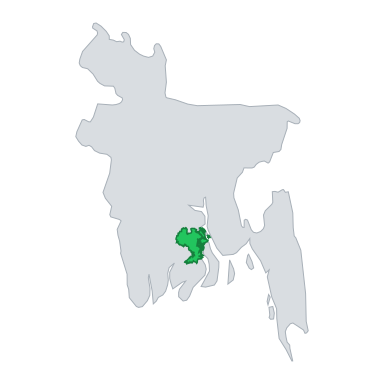 Barisal, Barisal, Bangladesh (highlighted)
{"feature_id": "16705992B66943755852345", "entity_name": "Barisal", "entity_type": "district", "adm_level": 2, "iso_a3": "BGD", "parent_name": "Bangladesh", "parent_adm1": "Barisal", "projection": "robinson", "projection_center": [90.343, 22.763], "detail": "fine", "context": "in_parent", "style": "filled", "palette": "green", "viewbox_px": 384, "rotation_deg": 0, "n_neighbors": 0, "source": "geoboundaries", "source_scale": "gbopen_adm2", "svg_char_len": 9614}
<svg xmlns="http://www.w3.org/2000/svg" viewBox="0 0 384 384"><path d="M127.2,284.8L127.1,274.2L120.6,253.3L121.0,251.0L119.6,241.0L118.0,235.4L117.2,229.4L121.1,220.9L119.5,219.5L110.8,216.9L109.8,214.7L111.7,206.3L105.4,198.3L103.0,192.4L109.7,173.2L111.4,159.9L110.9,157.3L106.9,154.3L99.6,153.1L94.5,150.6L91.6,146.8L89.0,145.3L85.9,146.4L81.9,145.0L78.6,141.2L75.8,136.7L76.9,131.7L82.2,119.9L84.2,119.5L88.7,121.8L90.4,121.8L93.4,117.1L97.7,103.9L112.3,105.0L115.8,104.6L119.5,103.5L121.5,101.9L122.6,99.7L122.2,97.9L117.7,95.4L116.0,93.5L114.8,88.2L113.4,86.2L104.6,85.9L100.1,83.5L97.6,81.3L93.1,74.1L87.6,68.7L82.4,67.5L80.3,65.7L79.2,63.0L79.9,59.0L82.6,51.4L97.2,34.9L97.6,33.0L97.0,30.9L92.8,28.2L92.5,26.9L93.7,23.5L96.1,23.0L101.1,26.2L106.2,31.3L109.2,35.8L109.3,39.4L113.3,40.1L116.6,41.7L120.0,41.2L122.2,42.1L123.7,41.8L124.3,39.7L121.4,34.5L122.8,32.4L126.1,32.5L128.5,34.4L130.3,38.4L130.6,44.6L134.5,50.3L139.6,54.2L143.6,56.1L148.5,57.4L152.7,56.1L154.8,52.2L153.8,48.7L154.5,45.6L156.2,43.8L158.8,43.9L160.7,46.4L166.4,59.9L165.2,65.8L166.4,82.2L165.0,92.9L165.9,97.1L166.8,97.8L175.4,99.8L187.8,104.1L197.3,105.7L240.1,104.5L249.5,106.6L278.1,105.0L285.9,108.4L294.4,114.0L299.2,118.2L300.1,120.6L299.6,122.6L298.0,123.7L295.0,123.7L288.3,121.0L287.2,121.8L287.1,128.3L281.7,144.5L280.9,149.5L279.0,151.5L273.3,152.5L269.6,161.9L268.1,163.1L264.3,161.0L262.0,161.4L259.1,162.2L256.2,164.4L254.2,167.1L252.0,168.0L244.0,167.9L242.4,172.3L237.2,178.0L233.6,193.2L233.9,197.8L238.3,210.0L241.4,225.7L242.6,227.3L244.1,227.4L244.2,220.2L245.7,219.3L247.5,220.1L251.3,229.8L253.5,232.3L256.8,233.0L260.6,231.5L263.4,228.7L264.6,225.6L263.5,215.0L265.3,210.7L271.8,204.3L272.8,202.3L272.3,191.7L274.8,191.4L278.1,192.2L282.3,189.7L283.5,189.6L285.3,192.3L288.3,191.8L292.8,212.9L293.2,227.7L294.2,236.0L295.8,237.8L300.8,250.2L305.6,293.7L306.2,321.4L308.2,330.8L306.6,332.9L305.0,333.3L303.5,330.0L292.9,323.0L290.4,323.7L286.8,327.8L285.3,331.6L286.0,336.9L287.1,342.1L289.7,345.1L289.9,348.4L292.7,360.9L291.9,361.0L286.1,349.6L279.1,338.5L276.8,318.5L276.6,308.7L271.8,297.1L267.3,276.9L269.2,269.8L265.8,272.9L260.6,260.8L252.3,248.9L249.9,243.6L249.8,238.5L246.2,243.7L241.4,247.3L236.5,252.7L233.2,254.4L222.8,255.4L216.8,248.1L208.2,230.3L207.1,226.3L208.2,215.8L206.2,205.9L205.6,197.2L204.0,198.0L203.4,200.4L203.8,204.1L203.1,207.2L188.7,205.2L194.9,210.4L201.5,211.6L204.9,216.2L205.1,224.0L198.6,228.7L199.2,232.6L203.0,237.4L198.4,238.7L197.2,241.8L197.1,246.3L200.3,253.2L199.7,255.8L205.2,264.8L206.2,269.1L204.9,275.2L193.1,287.4L189.6,296.1L186.7,300.2L183.1,301.0L178.7,296.8L178.6,292.6L179.5,289.2L185.7,281.1L182.3,282.2L172.8,288.9L171.0,283.5L169.7,278.4L169.7,272.2L174.4,263.0L169.1,267.6L167.7,273.4L168.3,280.1L167.6,284.9L165.6,291.2L162.8,295.0L158.3,297.4L156.3,301.1L153.3,303.9L152.2,291.2L149.0,274.2L148.3,277.8L150.0,288.4L149.8,295.3L147.4,300.7L142.4,306.6L138.6,307.4L136.4,306.5L129.3,297.7L128.7,289.4L127.2,284.8ZM214.4,285.0L205.6,287.1L201.1,286.5L209.5,271.1L209.2,264.2L207.9,258.7L203.6,254.2L203.4,250.9L201.5,246.6L200.5,241.4L205.2,239.8L209.0,242.7L210.4,248.6L212.3,252.9L218.9,261.9L218.8,267.4L217.0,280.9L214.4,285.0ZM233.2,280.0L227.9,284.1L229.6,259.9L233.6,268.9L234.6,273.7L233.2,280.0ZM253.7,267.9L251.4,269.6L249.2,268.1L246.3,262.5L247.7,255.3L248.6,254.2L252.0,261.6L253.7,267.9ZM273.6,319.0L270.6,319.3L269.1,317.6L269.8,315.1L269.0,307.3L272.8,306.5L274.3,313.1L273.6,319.0ZM270.2,297.1L268.0,304.9L267.1,301.4L268.6,294.5L270.2,297.1ZM207.5,234.0L208.4,236.5L203.5,233.2L202.2,230.9L204.4,229.7L207.5,234.0Z" fill="#d9dde1" stroke="#a8b0b8" stroke-width="1"/><path d="M186.7,263.8L188.3,263.3L188.9,262.5L188.9,262.8L189.2,262.6L189.5,263.0L189.9,262.9L190.0,262.5L190.6,262.6L190.9,262.0L191.4,262.1L191.7,262.8L192.1,262.9L193.2,261.5L193.4,260.8L194.9,261.9L195.8,262.1L196.7,263.3L197.3,262.2L197.3,260.5L198.2,258.9L199.2,259.1L200.4,258.3L200.7,259.0L201.0,259.0L201.8,258.3L201.7,258.0L201.0,258.0L201.1,257.5L202.3,257.3L200.9,256.3L199.2,256.4L199.2,256.0L200.4,256.1L200.8,255.6L200.9,254.8L200.5,252.0L200.2,251.4L200.5,251.7L200.6,250.5L200.5,249.6L199.9,250.0L199.8,250.4L199.3,251.2L199.3,251.5L199.0,252.1L198.9,252.2L199.2,250.9L199.6,250.6L199.9,249.9L200.5,249.3L200.5,248.8L199.9,247.9L198.5,246.5L197.9,246.1L196.9,245.9L197.2,245.4L196.8,244.6L197.3,245.5L197.5,245.5L197.7,244.9L197.3,244.4L197.6,244.2L197.9,244.7L198.0,244.2L198.0,245.0L199.9,247.1L199.3,246.1L199.5,245.5L199.9,245.3L200.0,244.8L200.1,245.0L200.0,244.1L199.2,243.6L197.6,243.1L197.5,243.8L197.2,243.8L198.0,239.8L197.2,238.7L197.7,239.0L198.1,239.7L197.9,242.5L198.6,243.3L199.2,242.2L199.1,239.7L199.4,239.0L201.8,237.7L201.9,236.3L201.1,235.1L200.1,234.7L199.5,234.2L198.9,233.1L196.6,232.5L195.7,231.8L195.6,231.5L196.2,231.4L195.7,231.4L195.7,230.8L196.4,230.1L196.5,229.6L194.5,228.8L194.5,228.5L191.8,228.4L191.0,228.7L191.0,229.7L191.6,230.7L191.7,231.4L191.3,232.8L189.8,233.4L189.0,233.3L188.1,233.9L188.1,233.3L187.6,233.3L187.1,233.8L186.7,233.0L187.0,231.4L186.9,230.5L187.1,229.7L187.1,229.2L186.5,228.7L186.2,228.0L185.8,227.7L185.4,228.1L185.2,228.7L183.4,227.9L183.1,228.1L183.2,228.4L182.9,228.7L182.2,228.6L181.9,228.9L182.4,229.0L182.0,229.3L181.5,230.3L181.5,231.5L179.9,231.4L179.3,232.9L179.0,232.8L178.6,233.7L178.1,233.5L178.0,234.8L178.2,235.2L178.0,235.8L176.9,235.7L176.7,236.7L176.1,238.3L176.1,239.5L176.9,239.8L176.8,241.2L176.5,242.5L177.9,241.9L177.7,242.4L177.9,242.7L177.7,242.9L178.6,243.4L179.0,244.4L179.9,244.4L180.2,244.5L180.1,244.9L180.9,244.8L181.3,245.2L182.2,245.3L182.2,245.8L182.4,246.0L182.7,246.0L182.8,245.7L183.5,245.8L183.4,246.3L183.6,246.6L184.5,245.6L184.2,245.5L184.2,244.9L184.7,244.7L184.8,244.3L185.2,244.4L185.5,245.1L186.1,245.2L186.0,245.8L186.4,246.2L188.0,246.3L188.8,247.5L188.9,248.2L188.6,248.5L188.9,249.9L189.7,250.5L190.2,250.2L191.3,250.9L191.3,251.5L191.0,251.7L191.3,252.4L191.6,252.4L191.6,251.7L191.9,251.7L192.8,252.2L193.8,252.2L194.0,252.4L193.7,253.3L193.0,253.0L192.5,253.5L193.0,253.6L194.3,254.6L194.5,255.6L194.0,255.6L192.6,254.4L192.2,254.8L193.0,255.4L193.4,256.3L192.8,257.1L192.6,256.6L191.9,256.2L191.1,256.6L190.8,256.5L190.5,257.6L189.9,257.2L189.4,257.5L189.5,258.0L189.2,258.5L188.7,258.7L186.7,260.6L185.7,261.0L185.0,261.6L184.7,262.2L185.4,262.5L185.9,262.5L186.6,262.0L187.2,261.9L187.3,262.2L186.6,263.0L186.7,263.8ZM208.0,240.7L206.5,239.4L204.0,238.9L203.0,238.3L202.0,238.3L199.9,240.6L199.6,243.5L199.8,243.7L200.0,243.5L199.8,242.7L200.0,242.4L200.4,242.2L200.1,241.9L200.2,241.2L200.2,241.9L200.7,242.1L200.8,242.4L200.7,242.7L200.1,243.0L200.1,243.4L201.0,243.2L202.4,243.8L203.9,242.9L205.5,242.7L205.9,242.1L207.1,241.8L207.1,241.4L207.6,241.3L208.0,240.7ZM199.1,231.4L199.5,233.3L200.2,234.2L200.4,234.0L201.1,234.4L202.1,235.9L202.4,237.0L202.3,237.8L203.3,237.6L204.8,236.4L205.0,235.9L204.7,235.0L202.5,232.2L201.1,229.9L200.7,229.8L200.2,230.2L199.8,230.5L199.8,231.0L199.1,231.4ZM201.6,248.1L201.4,245.9L201.8,244.3L201.1,243.4L200.4,244.0L200.4,245.0L199.6,246.2L200.1,246.8L200.2,247.5L200.7,248.3L201.4,248.7L201.6,248.1ZM203.5,249.0L204.0,247.6L203.4,245.3L202.7,246.1L202.5,247.9L202.8,249.2L203.4,249.0L203.3,248.2L203.5,247.1L203.4,248.1L203.5,249.0ZM203.4,245.3L203.8,244.0L204.4,244.1L204.6,243.5L204.5,243.3L203.1,244.0L202.1,244.9L201.8,245.5L202.1,245.1L202.3,244.9L201.8,246.2L201.8,246.4L202.1,246.0L201.8,246.5L202.0,247.2L202.4,247.3L202.3,246.9L202.7,246.0L203.4,245.3ZM203.6,229.2L202.8,228.3L202.4,229.8L202.7,231.2L203.7,232.2L202.9,230.7L203.5,231.4L203.4,230.8L203.7,231.5L204.1,231.8L203.8,230.3L203.3,229.6L203.6,229.9L203.4,229.6L203.3,229.2L203.6,229.7L203.6,229.2ZM203.4,249.4L202.7,249.4L201.9,249.0L201.4,249.3L201.2,251.8L201.5,252.8L201.8,252.3L201.6,250.3L202.3,250.2L202.6,249.9L203.0,250.1L203.4,249.4ZM198.2,231.6L197.5,231.5L195.9,231.8L196.6,232.4L199.0,232.8L199.0,232.3L198.5,232.1L198.2,231.6ZM205.2,237.0L204.1,237.2L203.4,237.9L203.8,237.7L203.6,238.0L204.0,238.3L203.9,238.4L205.2,238.6L205.4,237.6L205.2,237.0ZM202.3,255.8L201.7,254.2L201.6,252.8L201.4,253.1L201.5,256.5L202.0,256.4L201.8,255.9L201.8,255.5L202.0,256.0L202.1,255.8L202.1,256.1L202.3,255.8ZM203.7,229.3L204.0,230.6L204.8,232.2L204.8,230.7L204.6,230.5L204.8,230.6L204.8,230.3L203.7,229.3ZM199.6,240.8L201.5,238.7L200.1,239.6L199.4,240.3L199.6,240.8ZM200.2,229.0L200.3,227.8L199.5,228.0L199.7,228.9L200.2,229.0ZM208.5,236.4L208.0,235.9L207.7,236.6L208.1,236.1L207.9,237.0L208.1,236.9L208.4,237.5L208.5,236.4ZM200.0,243.0L200.6,242.7L200.7,242.3L200.0,242.4L200.0,243.0ZM202.2,248.7L201.8,247.9L201.7,248.9L202.2,248.7ZM198.2,246.1L197.9,245.4L197.4,245.6L197.5,245.8L198.2,246.1ZM209.3,235.8L208.6,235.1L209.2,236.0L209.1,235.7L209.7,237.0L209.9,236.7L209.3,235.8ZM204.9,230.4L204.9,231.5L205.0,231.8L205.2,230.8L204.9,230.4ZM209.2,236.4L208.7,236.0L208.9,236.3L208.8,236.6L209.0,237.2L209.0,236.7L209.3,236.8L209.1,237.2L209.3,237.0L209.2,236.4ZM203.1,255.6L202.9,255.3L202.5,254.9L202.7,255.6L203.1,255.6ZM205.7,238.3L205.5,237.9L205.4,238.5L205.7,238.3ZM208.3,235.4L208.2,235.4L208.0,235.5L208.3,235.4ZM205.3,230.9L205.3,231.3L205.5,231.2L205.3,230.9ZM207.5,235.9L207.5,235.7L207.4,235.8L207.5,235.9ZM201.8,228.5L201.6,228.5L201.7,228.8L201.8,228.5ZM209.0,236.1L209.0,235.9L208.8,236.0L209.0,236.1ZM202.1,227.7L201.9,227.9L202.1,227.7ZM207.8,235.3L208.0,235.2L207.9,235.2L207.8,235.3ZM202.1,254.6L202.2,254.8L202.4,254.8L202.1,254.6ZM209.8,237.3L209.7,237.4L209.9,237.4L209.8,237.3ZM201.5,228.2L201.8,228.0L201.5,228.2ZM201.7,227.6L201.8,227.6L201.7,227.6Z" fill="#22c55e" stroke="#15803d" stroke-width="1.5"/></svg>